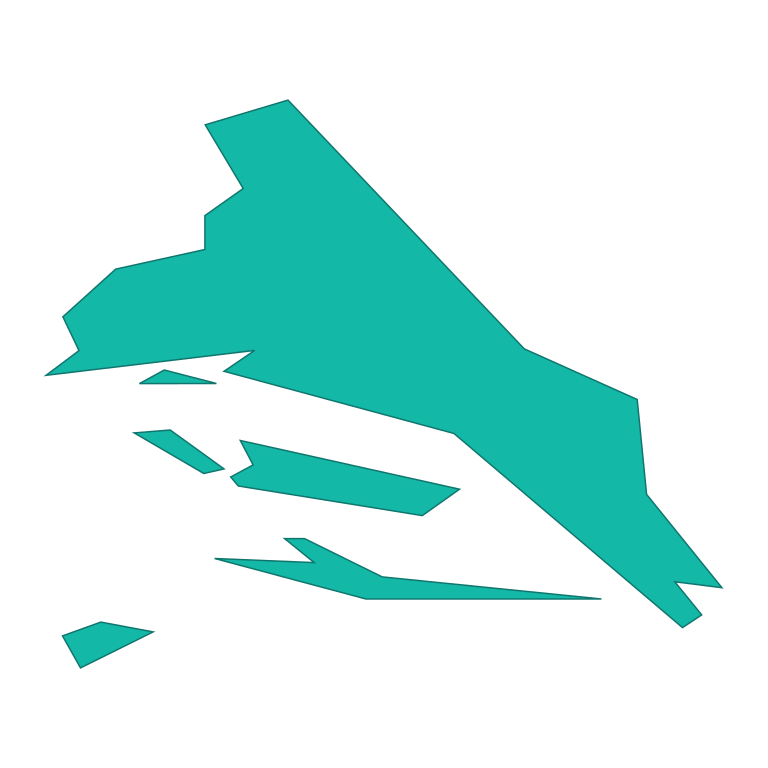 Splitsko-Dalmatinska, Natural Earth projection
{"feature_id": "HRV-1492", "entity_name": "Splitsko-Dalmatinska", "entity_type": "County", "adm_level": 1, "iso_a3": "HRV", "parent_name": "Croatia", "parent_adm1": "", "projection": "natural_earth1", "projection_center": [16.561, 43.491], "detail": "coarse", "context": "isolated", "style": "filled", "palette": "teal", "viewbox_px": 768, "rotation_deg": 0, "n_neighbors": 0, "source": "natural_earth", "source_scale": "10m", "svg_char_len": 720}
<svg xmlns="http://www.w3.org/2000/svg" viewBox="0 0 768 768"><path d="M288.0,100.1L524.3,348.9L637.2,399.5L646.6,494.4L721.9,587.7L674.8,581.8L701.7,614.9L682.5,627.6L454.0,433.5L224.0,371.3L254.7,350.4L46.1,375.3L79.0,350.6L62.9,316.8L115.7,269.1L204.9,249.5L204.9,215.6L243.2,188.5L205.2,124.8L288.0,100.1ZM422.3,515.6L238.3,486.0L230.7,477.0L253.1,464.9L240.3,440.5L459.5,489.2L422.3,515.6ZM365.9,599.0L214.6,558.5L314.2,562.6L284.6,538.6L304.5,538.6L382.2,576.9L601.4,599.0L365.9,599.0ZM153.1,631.9L80.5,667.9L62.5,635.9L100.8,622.1L153.1,631.9ZM224.0,468.9L203.8,473.5L134.2,432.9L170.2,430.0L224.0,468.9ZM164.3,370.0L216.4,383.5L139.4,383.6L164.3,370.0Z" fill="#14b8a6" stroke="#0f766e" stroke-width="1.5"/></svg>